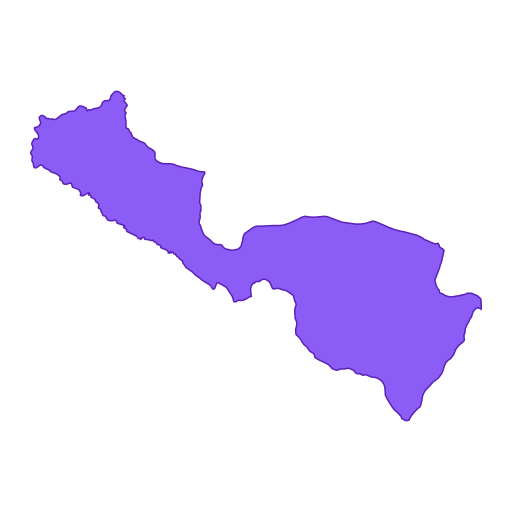 El Guacamayo, Santander, Colombia (Albers equal-area conic projection)
{"feature_id": "7082276B46151472221862", "entity_name": "El Guacamayo", "entity_type": "district", "adm_level": 2, "iso_a3": "COL", "parent_name": "Colombia", "parent_adm1": "Santander", "projection": "albers", "projection_center": [-73.559, 6.254], "detail": "fine", "context": "isolated", "style": "filled", "palette": "violet", "viewbox_px": 512, "rotation_deg": 0, "n_neighbors": 0, "source": "geoboundaries", "source_scale": "gbopen_adm2", "svg_char_len": 6011}
<svg xmlns="http://www.w3.org/2000/svg" viewBox="0 0 512 512"><path d="M409.2,420.0L409.6,418.6L411.1,416.1L414.2,412.2L417.1,409.2L420.3,406.5L421.9,400.5L422.4,396.6L423.5,393.5L425.4,390.3L427.4,388.4L432.9,382.2L438.5,377.9L441.6,373.7L442.8,371.1L444.7,364.9L446.0,362.4L448.2,360.2L450.7,358.5L453.6,354.7L455.8,349.3L458.5,345.7L463.4,341.5L464.4,340.2L463.9,335.5L464.6,333.8L465.1,331.3L465.1,329.2L466.9,324.9L469.3,320.6L470.0,318.6L471.3,317.3L472.9,312.2L474.2,310.2L476.0,308.5L477.9,307.8L479.5,308.2L481.2,309.2L481.3,305.0L481.0,300.4L480.5,298.5L477.9,296.2L476.4,295.2L474.1,294.5L471.8,293.3L469.6,293.2L466.9,293.3L464.3,294.7L461.7,294.9L459.8,295.6L450.7,297.0L446.9,296.1L445.0,295.4L442.9,294.0L439.8,292.9L439.0,289.9L438.1,289.1L437.1,287.5L435.9,284.5L434.9,280.0L439.2,268.8L439.8,267.1L440.0,265.6L441.7,261.1L444.0,250.3L442.9,249.1L439.6,247.1L439.2,245.2L438.3,243.5L437.7,243.3L436.3,243.9L435.0,243.9L429.8,241.8L427.0,240.4L425.6,240.1L424.0,239.2L423.0,238.3L417.8,235.5L404.5,231.9L398.4,230.7L393.5,229.2L388.3,227.2L383.9,225.2L375.2,221.6L373.0,221.1L370.6,221.7L366.3,223.2L361.3,224.0L355.8,224.1L342.0,222.2L327.6,216.8L324.7,216.3L314.1,217.2L309.6,217.0L305.1,216.3L302.1,217.1L297.5,219.5L288.2,223.6L282.9,225.2L278.5,225.6L274.1,225.5L262.2,226.1L256.1,226.2L253.0,227.6L245.2,233.1L243.8,235.0L242.9,238.1L242.8,240.3L241.7,243.3L241.3,245.7L239.8,247.7L238.1,249.1L233.7,250.1L231.3,250.2L226.1,249.0L224.0,247.9L223.0,246.9L222.1,245.3L220.3,244.6L217.3,244.6L214.7,244.0L212.1,242.1L210.6,240.3L204.9,235.9L203.7,234.4L202.7,232.4L200.3,225.3L199.2,223.7L199.2,220.5L200.0,218.7L200.2,216.7L200.0,214.3L200.1,212.4L201.0,210.5L200.8,205.4L199.6,202.6L200.2,192.9L201.2,188.0L202.6,185.3L201.8,181.5L202.1,179.3L203.2,176.2L204.8,173.4L204.5,171.9L200.2,171.6L197.3,171.0L195.0,170.0L192.2,169.2L185.9,167.8L182.6,167.3L176.5,165.5L173.8,164.3L170.9,163.8L162.5,163.6L158.9,162.2L156.4,160.7L154.9,158.5L155.1,153.6L154.6,151.8L153.0,150.2L151.4,149.1L148.3,147.5L146.6,145.8L144.9,143.6L143.8,142.7L139.6,141.2L137.4,139.7L133.8,137.9L132.5,136.8L131.0,132.8L129.9,131.9L129.1,130.1L128.0,128.6L126.6,128.4L126.0,127.3L125.9,121.0L124.9,115.4L125.0,114.9L125.9,113.8L126.0,112.7L124.9,111.6L124.6,109.5L127.2,105.5L126.6,104.1L124.1,101.0L124.3,100.0L125.3,98.8L124.0,97.8L123.5,97.0L124.2,95.9L121.7,94.4L120.6,93.0L119.3,92.1L117.9,91.5L116.1,91.3L114.4,92.0L111.0,95.7L110.4,98.2L109.6,100.1L106.7,100.7L104.9,100.7L103.7,101.4L102.4,102.6L101.8,104.6L100.7,106.5L98.7,107.7L93.1,108.9L91.8,109.8L88.6,109.9L87.3,110.8L86.7,109.6L86.2,108.1L83.0,106.5L81.4,106.1L79.6,106.0L78.5,106.6L75.4,110.3L73.8,111.1L70.0,111.3L68.1,111.7L65.8,113.7L63.7,114.2L62.4,114.3L55.5,119.5L54.1,119.4L52.1,118.9L49.6,119.2L48.4,118.4L46.5,118.5L45.1,116.9L43.0,115.6L41.5,115.4L39.5,116.9L39.2,118.1L39.6,119.7L40.4,121.5L40.7,123.2L39.9,124.7L38.5,126.3L37.1,127.2L35.5,127.2L34.5,127.9L34.6,129.5L38.1,134.2L38.6,136.1L38.4,138.1L37.4,139.1L35.0,138.5L34.0,139.2L32.6,141.4L31.9,142.9L31.8,144.5L33.1,147.4L32.9,148.9L31.2,151.2L30.7,152.9L31.1,154.2L32.1,155.7L32.4,157.4L32.0,158.6L31.9,160.5L32.3,161.7L33.2,163.1L33.7,166.6L34.2,167.4L35.2,167.9L36.7,167.6L39.0,165.8L41.0,164.8L42.2,165.4L44.1,167.6L46.5,169.0L48.0,169.4L51.3,172.0L55.0,173.3L57.0,174.1L59.6,176.3L60.2,177.4L59.8,179.4L60.2,180.0L61.1,180.2L62.0,181.0L63.2,183.6L64.4,184.1L66.4,184.3L70.0,183.2L71.1,183.1L71.7,184.5L72.5,187.1L78.0,189.2L79.5,190.4L80.8,193.3L80.4,194.4L80.4,195.1L81.3,195.8L83.0,195.7L87.3,193.5L88.4,192.7L89.1,192.8L89.4,193.4L88.9,194.0L88.7,195.0L90.6,195.2L91.0,195.8L90.9,197.0L94.9,199.3L95.8,201.6L96.9,202.5L97.5,202.6L98.0,203.5L98.9,204.4L99.0,205.3L98.4,206.6L98.4,208.0L100.4,209.2L101.0,210.2L100.9,211.2L102.2,213.3L103.0,215.5L105.3,216.2L105.9,216.7L106.1,217.6L108.0,220.2L110.3,220.7L112.2,220.7L113.5,220.6L114.5,220.0L115.3,220.1L116.3,221.0L117.3,223.3L122.2,224.8L123.8,225.3L124.6,225.9L124.7,226.5L123.9,226.6L123.7,227.3L124.4,228.1L126.5,229.3L126.6,231.0L127.3,231.7L136.3,236.0L137.5,237.1L138.2,238.5L139.7,238.5L140.7,239.4L141.8,238.3L141.9,237.7L143.4,237.3L144.2,237.4L144.5,239.0L145.0,239.3L148.7,239.8L150.8,240.4L152.2,240.5L152.9,240.1L153.5,240.4L153.7,241.2L154.3,241.9L155.0,241.9L156.4,242.8L156.5,243.6L157.2,244.3L159.8,245.1L161.1,246.0L161.1,246.8L160.7,247.5L161.5,248.0L164.9,249.3L166.6,250.1L167.8,251.1L168.1,251.8L168.2,252.8L169.1,253.2L169.9,252.3L170.5,251.9L171.1,252.9L171.6,252.5L171.9,251.9L172.7,252.1L174.0,253.9L175.6,254.0L175.8,255.0L176.8,256.2L178.2,257.2L179.4,258.7L182.6,261.1L182.8,263.0L184.8,265.5L185.7,267.3L192.2,271.8L195.8,275.4L200.1,278.3L202.2,280.3L209.2,284.5L210.8,285.9L212.5,288.8L214.0,289.2L214.8,288.2L215.6,286.0L216.6,283.5L217.2,282.7L218.8,283.0L225.2,286.6L226.6,287.6L232.3,296.5L233.9,301.7L235.7,301.9L238.2,300.3L242.0,300.5L244.1,299.9L245.8,299.2L248.9,297.2L251.3,296.4L250.6,289.9L250.9,287.3L251.5,285.5L252.8,283.5L254.3,283.2L255.7,281.7L259.6,281.4L261.9,279.6L263.7,279.2L265.3,279.2L268.6,281.2L270.2,283.2L272.4,288.2L273.2,289.0L276.9,288.4L278.7,288.4L281.2,289.4L285.8,290.5L289.3,292.6L291.9,294.4L293.4,295.8L294.8,301.1L295.7,302.9L296.2,304.7L294.9,308.6L294.7,310.8L294.9,312.5L294.7,314.1L295.2,315.4L295.0,317.4L295.5,319.2L296.3,320.9L296.9,323.3L296.4,326.5L295.7,329.2L295.7,332.1L296.1,334.6L298.9,337.2L300.7,339.4L302.2,342.1L304.1,344.8L307.0,346.9L307.3,348.0L308.4,349.1L309.2,350.5L310.3,351.6L312.7,352.9L313.7,353.7L314.5,355.3L314.9,357.2L315.7,358.0L318.5,359.7L327.0,363.8L329.8,365.7L331.7,368.2L333.1,369.1L336.0,370.1L337.4,370.1L341.3,368.9L343.5,369.0L348.5,368.3L350.2,368.8L353.6,370.3L355.5,372.9L356.5,373.6L359.3,373.7L361.0,374.3L362.9,375.3L364.5,374.9L366.2,374.8L371.0,376.9L375.9,377.6L378.6,378.8L381.4,380.8L383.9,384.2L384.9,387.7L385.4,395.2L387.2,399.0L391.7,406.3L394.3,409.8L397.4,412.4L401.2,416.5L401.7,418.3L403.1,419.4L406.3,420.7L407.8,420.5L409.2,420.0Z" fill="#8b5cf6" stroke="#5b21b6" stroke-width="1.5"/></svg>